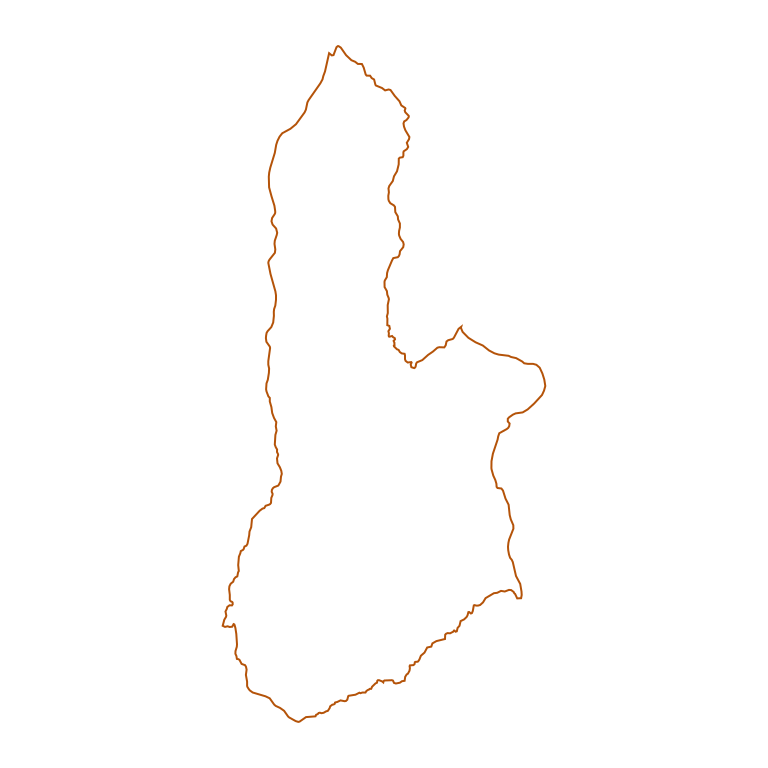 outline of Valparaíso, Antioquia, Colombia
{"feature_id": "7082276B83090451858896", "entity_name": "Valparaíso", "entity_type": "district", "adm_level": 2, "iso_a3": "COL", "parent_name": "Colombia", "parent_adm1": "Antioquia", "projection": "natural_earth1", "projection_center": [-75.63, 5.665], "detail": "fine", "context": "isolated", "style": "outline", "palette": "amber", "viewbox_px": 768, "rotation_deg": 0, "n_neighbors": 0, "source": "geoboundaries", "source_scale": "gbopen_adm2", "svg_char_len": 6098}
<svg xmlns="http://www.w3.org/2000/svg" viewBox="0 0 768 768"><path d="M222.7,625.8L225.0,626.9L227.6,626.3L229.7,627.0L232.2,626.7L233.6,624.1L234.3,624.4L234.6,625.1L235.4,628.0L236.3,633.9L237.0,644.4L236.8,646.8L235.5,651.1L235.4,653.8L236.4,656.0L236.9,658.9L238.5,659.2L239.5,659.9L241.6,663.9L245.1,665.2L246.0,666.8L246.6,669.6L245.9,674.9L247.1,681.6L247.1,685.8L247.3,686.7L248.7,689.0L249.8,690.4L252.7,692.5L265.5,696.3L269.7,698.3L274.2,704.6L275.7,705.9L280.0,707.9L284.1,710.8L288.1,716.5L289.1,717.4L295.7,721.1L298.3,721.9L299.6,721.6L306.0,717.1L314.9,716.4L315.5,716.3L316.1,714.8L317.7,714.1L318.6,713.0L319.9,712.7L321.4,713.2L323.6,712.8L326.2,711.3L327.8,710.9L329.6,708.2L330.2,706.3L332.3,704.7L333.8,704.4L334.8,703.7L335.0,702.6L335.4,702.4L337.2,702.0L340.5,700.4L344.6,701.2L345.9,701.0L347.3,699.7L348.2,696.2L348.6,695.8L355.5,694.7L359.4,692.7L360.4,693.2L362.5,692.5L365.5,692.5L366.4,691.0L367.8,690.0L369.1,689.5L369.6,688.9L371.2,688.8L372.1,686.7L375.5,683.4L377.0,682.7L377.3,680.8L377.9,680.2L379.1,680.2L382.1,681.4L383.3,682.4L383.6,681.1L384.4,680.5L391.9,680.2L393.0,680.6L394.0,682.9L395.9,683.5L399.9,682.7L402.0,681.2L404.6,680.8L405.2,676.8L406.7,674.4L407.9,673.7L409.5,670.7L409.9,668.2L409.6,666.2L409.9,665.4L413.5,665.1L414.6,664.0L414.8,662.3L415.2,661.9L417.7,661.7L418.2,661.3L419.4,659.5L420.9,655.7L424.5,652.6L427.2,647.5L431.3,646.6L432.4,643.4L436.4,641.1L445.0,639.0L445.2,634.7L446.0,633.8L447.5,633.1L450.1,633.3L453.2,631.7L454.0,630.5L454.4,630.5L455.6,631.7L456.8,631.3L457.6,627.9L459.5,625.8L460.6,621.1L464.1,619.4L466.6,617.0L467.5,615.4L468.4,612.1L469.1,612.0L470.9,613.5L471.9,613.1L472.8,611.0L473.8,605.4L474.6,605.1L476.2,605.6L478.0,605.6L480.1,605.0L483.0,602.4L485.6,598.1L493.9,593.2L497.2,592.8L501.0,590.9L504.8,591.5L509.0,589.9L511.2,590.1L513.7,592.0L514.3,593.3L515.1,593.9L517.2,598.4L521.1,598.2L521.7,595.0L521.5,591.6L520.2,583.9L516.0,576.0L512.8,562.1L511.8,559.9L510.1,557.8L509.0,554.5L508.2,550.1L508.0,546.8L508.4,542.9L509.1,539.6L513.4,528.7L513.3,525.2L510.8,519.4L509.7,515.1L508.6,504.7L505.5,498.6L503.0,490.6L501.4,488.5L497.5,488.0L496.6,486.8L496.4,483.7L495.3,480.0L493.3,475.6L491.6,469.5L491.4,468.1L491.5,461.2L492.9,453.7L497.6,439.6L498.2,436.4L499.3,433.2L506.7,429.1L508.2,427.9L509.2,426.2L509.6,423.5L507.8,421.5L507.8,418.8L509.0,417.4L512.8,414.7L515.6,413.4L522.7,412.4L527.7,409.4L534.2,403.5L542.0,395.0L544.0,390.7L545.3,386.0L544.3,379.6L542.4,373.5L539.7,367.7L536.4,364.8L533.2,363.9L528.1,363.9L524.2,363.3L522.2,361.5L516.1,358.1L511.1,357.0L508.6,355.8L498.7,354.6L494.4,353.3L489.1,350.5L482.8,345.5L475.6,342.3L468.4,337.8L462.6,331.9L460.9,327.8L461.2,326.8L458.6,328.8L453.9,337.7L452.7,339.0L448.2,340.2L446.5,341.5L445.7,345.3L444.3,347.4L439.3,347.2L437.4,347.7L432.9,351.6L428.1,354.9L422.3,360.1L417.0,362.3L416.2,363.5L415.6,366.6L415.1,367.5L414.2,368.1L411.4,367.2L410.7,364.6L411.6,362.6L411.3,362.1L407.7,362.5L405.6,360.9L405.0,359.2L405.0,355.3L404.6,353.8L401.7,353.4L399.8,352.0L398.6,349.9L397.0,349.3L394.0,346.4L393.9,345.8L394.4,345.7L394.6,345.1L394.3,344.1L394.5,343.0L393.6,340.9L395.0,339.4L394.8,338.2L393.0,337.1L392.1,336.0L389.5,336.7L388.9,336.5L388.7,335.6L388.9,333.2L388.4,331.2L389.9,328.8L389.3,325.9L387.3,325.2L387.4,318.7L386.9,316.4L387.8,313.1L387.7,305.1L388.9,299.3L388.7,298.1L387.3,294.7L386.9,291.1L384.6,287.1L384.5,281.9L384.8,280.5L386.8,277.2L387.1,273.0L387.9,270.2L392.0,260.5L393.3,258.1L397.8,257.2L398.9,256.0L399.6,254.3L400.0,251.2L403.2,247.2L403.7,244.4L403.1,242.0L400.6,238.9L399.2,235.6L398.9,233.9L399.1,230.9L399.9,227.5L399.9,223.5L398.1,219.5L397.8,216.3L395.3,212.1L395.0,206.9L393.9,205.4L390.3,203.2L388.8,200.8L388.4,199.2L388.3,195.8L388.9,192.4L388.5,188.4L389.3,185.9L392.8,181.0L394.0,176.3L397.0,171.3L398.7,164.4L398.8,158.6L399.9,157.6L402.7,157.2L403.4,155.7L403.4,152.3L403.7,151.3L406.9,149.1L408.2,146.9L406.8,142.8L409.0,139.2L409.4,137.0L405.4,130.3L404.0,126.6L403.5,123.4L404.2,121.4L406.4,120.1L408.3,117.8L408.8,116.8L408.7,115.8L405.3,112.3L404.7,110.5L405.4,108.6L405.2,108.0L401.3,105.4L399.5,101.3L394.8,96.0L390.5,90.0L388.6,89.5L385.1,90.4L382.0,88.0L375.9,85.5L375.4,84.7L374.1,79.5L371.7,78.1L370.1,75.7L366.6,75.6L365.7,74.5L363.7,67.6L361.9,64.0L357.8,63.9L355.2,61.8L351.4,60.2L346.1,55.2L340.8,47.6L338.5,46.1L337.8,46.1L336.5,47.2L333.5,55.1L331.8,55.4L329.1,53.2L325.0,71.5L323.3,76.1L322.5,79.4L320.3,83.4L308.6,100.1L307.4,102.4L305.9,109.6L304.6,112.4L296.0,124.2L290.4,128.8L282.3,133.2L279.6,136.6L277.5,140.8L276.2,144.8L274.8,152.9L270.3,167.6L269.2,172.6L268.8,176.7L269.1,187.4L271.5,196.3L274.4,205.7L275.2,211.1L275.2,212.9L274.7,214.1L272.1,218.0L271.5,221.3L272.6,224.6L276.1,228.5L277.2,232.8L276.7,235.1L274.8,240.7L274.5,243.9L275.3,249.4L274.9,252.8L269.5,259.6L268.6,261.3L268.3,262.9L270.5,274.0L275.4,291.4L276.0,295.3L276.0,299.8L275.3,305.6L274.1,309.1L273.8,311.9L273.9,315.9L273.2,322.5L271.3,327.1L267.6,331.2L266.6,332.9L266.1,335.7L265.9,338.1L266.4,341.8L269.8,346.6L270.1,348.0L268.3,361.1L268.3,364.7L269.1,368.5L268.9,372.9L267.8,379.8L266.5,383.4L266.1,389.3L266.5,391.4L268.4,396.4L269.8,397.9L269.8,401.5L271.4,407.1L272.2,413.0L274.0,417.9L276.3,422.1L275.8,426.4L276.6,430.7L275.4,434.9L274.8,444.6L275.8,447.3L277.1,449.5L277.0,452.0L278.1,454.3L278.1,455.1L277.0,458.4L277.5,463.3L279.9,467.3L281.3,470.9L281.8,473.9L281.0,476.6L280.5,481.6L278.6,485.1L278.2,485.6L274.1,487.2L272.9,488.2L271.9,489.9L271.7,491.8L272.6,493.8L272.5,495.0L271.3,497.9L271.0,502.9L270.1,504.1L269.0,504.7L265.6,505.8L264.3,508.1L262.5,508.6L259.7,510.7L252.0,519.0L251.2,527.2L249.5,531.6L249.2,535.2L247.5,543.8L246.4,545.7L244.5,546.5L243.6,549.2L243.0,549.9L240.8,551.1L240.3,553.3L238.9,556.7L238.2,565.1L238.8,571.0L238.1,572.3L237.3,576.4L235.5,577.3L234.0,579.1L233.2,581.7L230.7,583.7L229.4,586.3L229.1,589.2L229.8,594.9L229.8,599.9L230.6,601.3L232.1,601.9L232.6,602.5L232.7,604.3L232.0,605.4L229.5,605.3L227.3,607.0L226.8,608.9L225.5,611.5L226.3,615.6L226.0,616.9L224.3,619.7L222.7,625.8Z" fill="none" stroke="#b45309" stroke-width="2"/></svg>